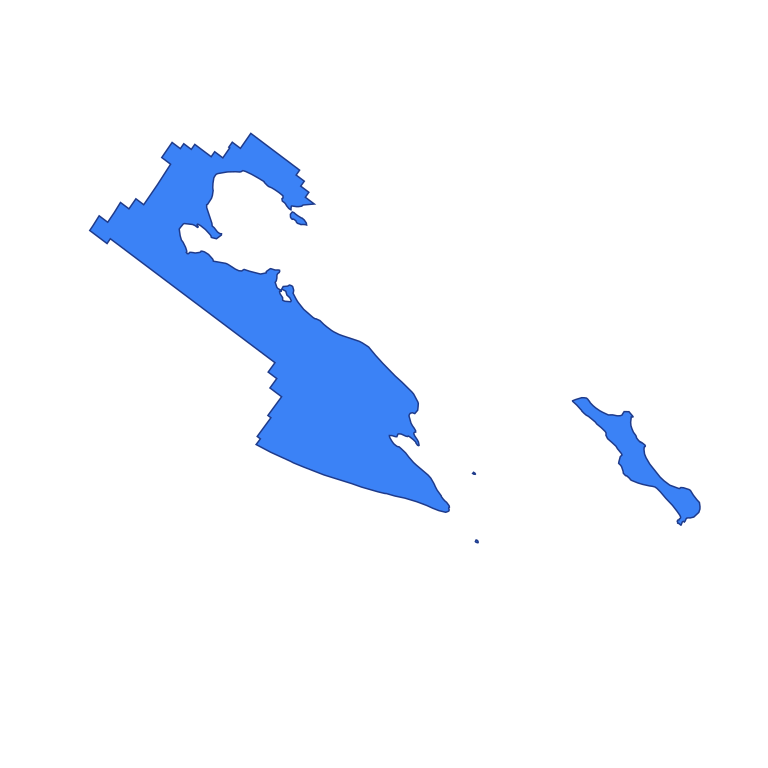 Nome, Alaska, United States of America (Robinson projection), rotated 217°
{"feature_id": "52423323B54983735958036", "entity_name": "Nome", "entity_type": "district", "adm_level": 2, "iso_a3": "USA", "parent_name": "United States of America", "parent_adm1": "Alaska", "projection": "robinson", "projection_center": [-165.641, 64.759], "detail": "fine", "context": "isolated", "style": "filled", "palette": "blue", "viewbox_px": 768, "rotation_deg": 217, "n_neighbors": 0, "source": "geoboundaries", "source_scale": "gbopen_adm2", "svg_char_len": 6117}
<svg xmlns="http://www.w3.org/2000/svg" viewBox="0 0 768 768"><g transform="rotate(217 384 384)"><path d="M449.7,258.7L433.5,261.3L412.2,266.0L409.0,266.5L397.6,269.5L377.1,275.3L349.9,285.0L339.8,288.2L324.1,294.2L317.4,297.1L316.3,297.9L307.9,301.1L298.7,305.4L287.0,309.7L276.8,312.7L270.4,314.1L264.0,315.9L257.5,318.7L256.2,320.7L255.8,321.7L256.2,322.7L257.6,323.7L257.8,324.4L257.6,324.5L257.6,325.0L258.8,326.0L262.9,327.2L264.5,327.2L267.4,327.7L270.5,328.6L270.9,329.1L277.7,331.2L282.3,333.4L282.4,333.6L284.8,334.8L290.0,337.0L293.9,337.8L309.4,338.7L313.3,339.1L319.9,340.5L325.3,342.0L331.3,342.7L334.1,342.9L335.7,342.1L336.9,342.0L339.8,342.1L341.5,342.5L343.9,343.3L347.1,344.7L348.0,345.3L348.7,346.1L346.6,347.6L343.2,348.8L342.0,349.6L342.5,351.6L342.7,351.9L342.7,352.4L342.5,352.8L341.7,353.4L340.1,354.4L335.1,355.5L333.6,356.2L333.4,357.0L331.7,357.3L327.2,357.2L324.0,356.8L323.5,356.6L323.0,356.1L320.4,355.3L319.4,355.5L319.2,355.7L319.1,356.2L321.7,358.5L323.8,359.5L328.4,361.1L330.3,362.2L330.7,363.4L330.3,364.3L329.8,364.6L330.6,365.7L333.4,366.9L336.0,367.7L338.9,369.0L344.9,373.6L345.4,375.0L345.4,376.3L345.2,376.7L344.1,378.1L341.6,378.9L341.3,383.3L343.0,386.2L344.9,389.1L346.1,390.0L354.2,393.8L356.7,394.4L370.9,396.3L379.8,397.1L397.5,399.8L408.0,401.8L418.5,404.3L425.9,403.8L429.5,403.2L446.1,397.6L449.7,396.5L455.7,395.4L458.2,395.2L464.2,395.2L468.1,395.4L473.3,396.1L477.4,395.2L478.4,394.6L480.9,394.4L493.1,395.3L500.8,397.3L502.8,397.9L506.1,399.3L511.3,401.8L511.6,402.8L512.6,404.6L515.5,406.8L516.8,406.9L518.5,406.4L519.1,406.1L519.9,404.1L523.2,401.2L522.8,398.3L518.3,399.0L515.1,396.6L511.1,396.2L508.2,394.7L508.1,393.5L513.0,390.4L515.3,389.9L517.0,392.0L521.3,393.5L523.0,394.8L523.1,395.5L521.9,396.2L522.3,396.9L526.2,396.4L527.7,396.7L532.1,399.7L532.1,401.5L533.3,404.1L534.9,406.3L535.2,407.0L535.3,408.5L535.0,409.2L534.8,410.0L535.1,411.2L535.9,412.0L537.1,411.4L539.6,409.5L543.5,408.1L544.2,407.7L545.6,403.3L545.6,402.7L544.9,402.0L545.0,401.8L548.8,397.5L559.1,393.2L564.7,391.3L565.4,389.6L565.6,388.7L568.1,387.1L571.8,386.3L580.1,385.7L582.0,385.4L583.2,385.0L594.2,379.4L595.3,380.3L596.1,380.7L602.1,381.9L606.7,381.5L607.5,381.3L609.4,380.5L609.9,380.1L610.1,379.9L609.9,379.1L610.4,378.2L613.7,374.9L615.1,374.3L617.7,372.8L618.5,372.0L618.4,371.2L618.6,370.4L619.6,369.7L621.2,370.2L621.0,370.8L621.9,371.8L624.8,373.8L629.8,376.3L632.5,377.1L636.1,379.8L640.8,384.5L640.8,387.0L640.6,391.1L640.0,392.0L632.9,396.2L630.2,396.8L627.2,396.8L626.9,397.4L627.0,397.7L629.0,398.5L629.2,399.2L629.1,399.5L628.6,399.7L625.8,400.1L619.5,399.9L613.0,398.7L611.4,398.2L610.2,397.2L609.4,397.4L605.2,399.2L603.5,405.1L604.2,406.2L605.7,405.3L608.5,405.2L613.6,406.6L616.3,406.8L618.2,408.8L631.8,418.2L633.5,420.4L633.0,421.3L633.5,428.4L634.5,431.3L636.9,435.7L637.7,436.4L639.1,438.0L641.4,441.4L644.0,446.3L644.3,449.2L644.2,450.6L643.3,452.1L637.1,458.7L636.0,459.7L630.3,464.2L626.8,466.5L625.9,467.5L625.1,469.5L622.3,470.5L616.0,471.8L608.5,472.8L601.5,473.5L601.0,473.0L596.5,472.3L594.9,472.3L591.8,473.1L587.8,473.5L583.0,473.7L578.0,473.5L576.6,471.9L576.8,471.5L577.0,470.5L575.3,468.9L572.6,468.9L571.1,468.6L569.0,467.7L565.7,466.9L563.4,467.0L563.1,467.2L563.8,468.0L565.0,470.2L564.8,470.7L560.6,473.0L558.9,474.3L557.0,476.2L556.6,476.8L556.7,477.3L556.2,478.4L548.0,485.8L559.2,485.8L559.4,491.9L569.6,491.9L569.7,498.0L579.9,498.0L580.1,504.0L641.2,504.0L640.5,485.8L650.7,485.8L650.5,479.7L649.3,479.7L648.8,467.6L659.0,467.6L658.8,461.5L679.3,461.5L679.1,455.4L688.5,455.4L688.3,449.4L698.6,449.4L697.8,431.1L686.7,431.1L684.9,406.9L683.8,382.6L693.6,382.6L693.1,370.4L703.7,370.4L702.6,358.5L702.0,346.9L712.7,346.9L711.7,335.3L711.4,329.5L689.7,329.5L690.0,335.3L483.9,335.4L483.7,323.8L472.9,323.8L472.7,312.2L458.1,312.2L457.8,289.0L454.0,289.0L453.7,265.8L449.7,265.8L449.7,258.7ZM56.5,464.2L55.3,470.9L56.4,474.2L57.9,476.3L60.8,479.2L64.6,479.9L70.1,481.4L75.2,483.4L76.9,483.3L82.3,481.4L84.6,480.0L84.9,479.2L84.9,478.5L85.9,477.9L94.9,475.2L102.0,475.2L107.4,475.8L123.6,480.0L130.3,482.8L133.8,484.9L136.9,488.1L138.2,490.2L138.2,490.8L137.8,491.2L138.0,491.8L138.9,492.3L142.6,492.4L143.3,492.3L143.0,492.1L143.7,491.9L144.8,491.8L147.6,492.3L150.1,493.0L150.3,493.4L151.8,494.4L155.8,495.6L159.1,497.5L161.8,499.4L164.0,501.9L166.7,506.5L165.4,507.4L165.4,507.7L166.0,508.0L171.7,509.3L175.6,506.5L175.4,503.3L175.2,503.0L175.3,502.3L176.1,501.0L177.6,499.7L178.7,498.9L182.9,496.9L186.2,494.3L192.3,493.0L195.7,492.5L200.7,492.3L204.0,492.5L207.2,493.0L208.2,493.2L209.0,493.6L212.2,494.5L213.8,494.6L216.0,493.4L217.9,492.0L221.6,486.9L223.3,484.1L222.9,483.7L217.4,483.2L210.2,481.8L209.9,481.5L206.7,481.0L203.9,480.8L201.2,481.2L192.4,480.8L190.0,480.1L184.5,479.9L178.9,479.2L177.5,478.7L177.2,478.4L176.6,477.8L175.9,476.6L172.5,474.9L167.0,474.5L161.2,473.9L158.6,472.8L153.2,471.5L152.2,471.2L151.2,470.5L151.6,468.2L149.8,463.7L148.9,461.9L148.0,461.7L146.6,461.6L144.6,461.0L140.4,458.1L139.2,456.8L137.4,456.4L135.9,456.2L135.3,456.4L135.1,456.7L134.3,456.7L130.8,456.4L129.6,455.9L128.3,456.0L121.9,457.7L117.0,459.5L110.6,462.4L108.3,463.7L106.2,464.6L105.7,464.8L103.3,464.9L98.4,464.2L90.1,462.3L80.6,460.7L73.3,458.7L68.7,457.2L67.1,456.3L66.6,455.6L66.5,455.2L66.9,453.7L66.6,453.0L67.4,452.3L67.4,451.6L67.2,450.8L66.3,450.5L66.0,449.8L65.7,449.6L64.2,450.1L62.2,449.9L61.9,450.0L62.2,451.6L62.6,452.6L62.7,453.4L62.3,454.4L61.9,454.6L61.1,454.5L61.0,455.7L61.6,458.2L61.5,459.0L60.7,460.0L58.8,461.4L56.5,464.2ZM542.8,463.9L541.5,464.4L542.9,465.8L546.4,467.0L549.3,467.2L549.8,466.9L554.1,466.5L557.0,466.5L559.0,466.7L560.8,466.2L560.9,463.2L559.1,461.0L557.6,460.4L556.4,460.3L556.2,460.5L556.4,460.7L556.1,461.0L555.0,461.3L552.5,461.3L551.7,460.7L550.2,460.3L549.3,460.4L547.8,461.0L546.3,461.3L544.8,462.6L542.8,463.9ZM213.8,313.5L213.4,313.9L213.6,314.4L214.6,315.1L216.0,315.2L216.6,314.8L216.2,313.1L215.5,313.0L214.3,313.3L213.8,313.5ZM256.8,366.8L256.8,367.1L257.7,367.5L259.3,367.4L259.4,365.9L258.0,366.0L256.8,366.8Z" fill="#3b82f6" stroke="#1e3a8a" stroke-width="1.5"/></g></svg>